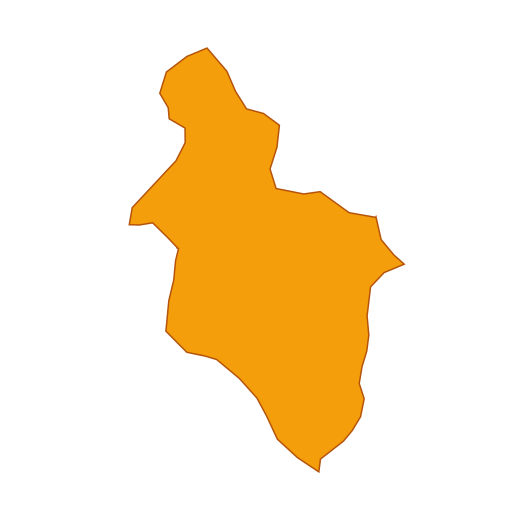 Köping, Västmanland, Sweden (orthographic projection), rotated 40°
{"feature_id": "70781695B79048986379567", "entity_name": "Köping", "entity_type": "district", "adm_level": 2, "iso_a3": "SWE", "parent_name": "Sweden", "parent_adm1": "Västmanland", "projection": "orthographic", "projection_center": [15.893, 59.597], "detail": "fine", "context": "isolated", "style": "filled", "palette": "amber", "viewbox_px": 512, "rotation_deg": 40, "n_neighbors": 0, "source": "geoboundaries", "source_scale": "gbopen_adm2", "svg_char_len": 885}
<svg xmlns="http://www.w3.org/2000/svg" viewBox="0 0 512 512"><g transform="rotate(40 256 256)"><path d="M189.6,300.7L192.0,300.3L197.4,311.3L208.4,327.2L217.9,346.2L235.3,371.5L252.5,373.1L265.0,374.2L281.1,365.5L292.3,360.6L322.0,360.5L348.0,364.2L366.6,371.6L390.2,382.6L417.4,383.8L442.9,381.0L435.9,370.1L442.0,341.5L441.9,327.9L439.4,311.9L430.6,295.8L417.0,287.3L408.3,272.5L402.0,257.7L393.3,244.1L379.7,230.6L363.6,206.0L364.8,186.3L374.8,167.0L361.0,166.6L341.3,163.0L322.7,148.9L322.8,149.5L299.5,163.0L263.8,165.5L252.7,177.8L228.0,191.4L210.8,180.3L202.2,159.3L189.9,140.8L170.2,142.0L154.2,149.4L134.6,143.1L114.9,133.2L84.8,128.2L74.8,147.5L69.1,172.6L77.7,193.2L93.4,198.8L101.3,206.7L119.4,203.6L128.9,214.7L133.5,234.5L130.1,298.5L138.8,313.5L146.7,307.2L155.5,297.0L176.0,298.6L190.3,300.2L189.6,300.7Z" fill="#f59e0b" stroke="#b45309" stroke-width="1.5"/></g></svg>